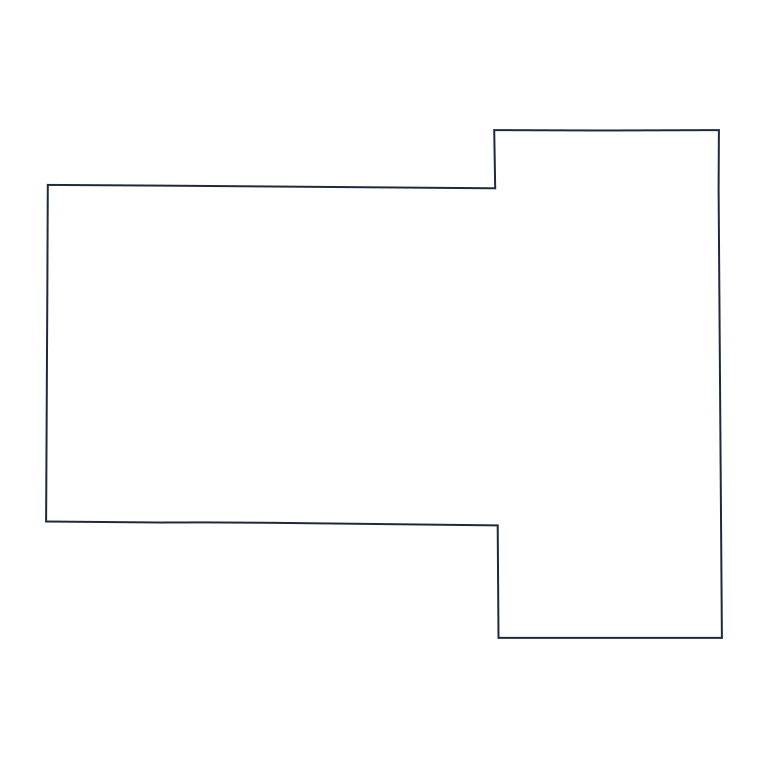 the district of Fond du Lac, Wisconsin, United States of America
{"feature_id": "52423323B49999362259399", "entity_name": "Fond du Lac", "entity_type": "district", "adm_level": 2, "iso_a3": "USA", "parent_name": "United States of America", "parent_adm1": "Wisconsin", "projection": "orthographic", "projection_center": [-88.541, 43.741], "detail": "fine", "context": "isolated", "style": "outline", "palette": "slate", "viewbox_px": 768, "rotation_deg": 0, "n_neighbors": 0, "source": "geoboundaries", "source_scale": "gbopen_adm2", "svg_char_len": 340}
<svg xmlns="http://www.w3.org/2000/svg" viewBox="0 0 768 768"><path d="M494.2,130.1L495.2,188.3L159.9,185.6L47.8,184.9L47.3,297.0L46.1,521.5L158.4,522.5L165.0,522.5L204.5,522.4L270.9,522.8L271.2,522.8L497.7,525.4L498.5,637.9L721.9,637.9L718.6,189.5L718.9,130.1L603.7,130.5L494.2,130.1Z" fill="none" stroke="#1e293b" stroke-width="2"/></svg>